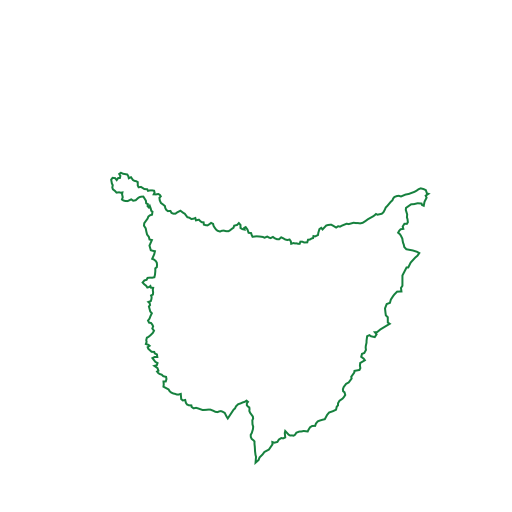 the district of Aral Moreira, Mato Grosso do Sul, Brazil, rotated 220°
{"feature_id": "56859067B29301186174835", "entity_name": "Aral Moreira", "entity_type": "district", "adm_level": 2, "iso_a3": "BRA", "parent_name": "Brazil", "parent_adm1": "Mato Grosso do Sul", "projection": "orthographic", "projection_center": [-55.401, -22.967], "detail": "fine", "context": "isolated", "style": "outline", "palette": "green", "viewbox_px": 512, "rotation_deg": 220, "n_neighbors": 0, "source": "geoboundaries", "source_scale": "gbopen_adm2", "svg_char_len": 6136}
<svg xmlns="http://www.w3.org/2000/svg" viewBox="0 0 512 512"><g transform="rotate(220 256 256)"><path d="M411.7,227.1L411.5,224.6L413.9,225.1L416.1,223.7L416.0,221.4L413.0,218.9L411.3,218.2L410.1,216.1L408.5,215.1L405.8,215.2L403.6,214.9L401.8,216.8L400.2,217.6L399.2,218.8L398.4,217.3L395.9,215.4L395.0,213.1L393.3,213.3L391.5,214.1L389.6,215.6L388.0,219.2L385.6,219.4L384.0,221.4L383.6,224.6L383.1,226.2L382.1,227.6L380.5,229.1L375.9,227.6L374.0,225.8L372.1,226.2L371.1,224.5L369.3,224.3L369.6,226.1L367.0,224.6L365.3,223.3L363.8,223.4L362.2,220.8L363.4,219.0L363.8,217.0L363.1,215.0L362.7,209.3L361.3,207.2L358.3,206.3L355.8,204.3L353.2,202.4L350.4,201.8L348.2,200.2L346.0,201.3L344.3,195.5L340.3,192.8L338.3,193.7L336.5,194.7L335.1,191.9L333.7,187.1L331.8,187.7L329.5,187.7L327.7,187.1L326.1,185.6L324.8,183.7L325.2,181.8L323.4,179.7L321.4,176.8L320.2,174.4L321.6,172.6L323.3,171.3L325.0,169.5L324.5,167.4L325.8,165.6L325.8,162.8L323.5,162.5L321.0,162.6L319.0,162.0L317.9,163.5L317.6,165.1L316.1,164.2L314.3,165.5L313.3,163.7L311.5,162.1L310.2,160.2L311.0,158.3L309.6,157.5L308.5,155.9L307.6,153.9L308.9,151.6L307.1,151.5L305.6,150.3L305.6,148.5L301.3,145.5L299.0,145.2L298.2,142.1L297.3,139.5L297.2,137.1L295.0,136.2L293.4,137.2L291.4,136.8L289.6,136.0L288.8,133.8L286.1,133.2L285.6,130.8L285.9,127.5L286.4,124.8L287.1,123.3L286.0,121.0L284.6,119.9L283.8,117.8L281.3,118.8L279.8,118.8L280.4,116.5L278.9,115.7L274.4,115.5L272.3,117.1L270.9,116.3L268.6,116.9L266.7,115.2L268.8,113.4L269.7,111.2L265.0,110.2L262.6,110.7L261.8,108.6L263.2,106.5L259.4,106.8L257.0,105.4L257.5,103.9L255.6,103.5L253.9,103.7L251.9,104.5L249.8,104.3L247.2,105.6L245.5,104.2L244.5,101.9L246.2,100.4L244.2,98.4L242.9,96.4L237.2,97.6L235.2,96.9L233.2,96.9L231.0,97.5L229.3,98.4L227.8,98.9L226.4,99.9L225.0,102.0L221.3,98.3L219.2,98.3L217.7,100.2L215.4,98.5L213.4,97.9L211.4,98.5L209.5,100.0L208.3,99.0L205.9,99.2L204.3,101.2L202.2,102.1L197.9,103.7L195.5,105.9L193.8,107.7L192.2,109.0L189.2,110.0L187.0,110.5L185.1,111.7L184.3,113.3L183.2,114.6L181.7,115.2L179.1,115.7L175.4,114.1L173.2,113.4L174.4,124.0L174.1,125.7L174.7,128.0L174.4,131.0L173.1,133.1L172.0,135.4L170.9,137.0L170.3,139.1L168.4,139.1L168.4,137.4L167.1,135.8L165.5,135.5L163.8,135.7L162.6,134.6L161.5,133.0L159.7,132.1L155.2,131.0L153.7,129.6L153.2,127.8L150.5,124.8L148.4,123.4L147.0,121.3L145.5,117.8L145.1,115.6L143.6,114.0L141.7,113.1L139.5,113.2L138.0,113.0L136.3,111.0L134.3,109.1L131.1,105.7L128.5,103.3L126.9,102.2L123.5,97.4L122.9,101.3L123.8,104.1L123.4,108.2L123.6,111.3L121.7,116.0L122.3,122.3L123.9,124.0L122.0,124.7L120.1,127.3L120.5,130.1L119.6,132.8L118.0,133.7L117.0,135.8L118.6,137.4L120.1,138.8L121.1,140.7L116.1,140.1L114.5,140.4L113.1,141.7L111.7,142.5L111.2,144.2L111.5,146.6L110.0,149.3L108.3,150.9L107.0,152.6L103.6,154.8L104.1,156.7L104.5,159.6L103.7,161.9L101.5,163.9L102.4,166.2L102.4,169.0L101.4,170.9L99.8,173.3L98.4,175.2L99.4,180.1L99.4,183.1L97.3,186.6L95.9,189.7L97.3,192.5L97.2,194.3L98.5,195.9L99.0,198.8L98.0,202.4L98.0,204.5L98.3,206.9L100.6,208.5L102.3,208.4L103.8,209.8L104.6,212.0L104.8,216.0L103.7,218.7L104.0,223.6L105.4,224.7L105.8,229.8L106.7,231.3L103.5,235.2L104.0,237.2L105.9,238.8L107.4,241.0L105.6,246.1L107.5,246.6L110.6,246.4L111.9,249.2L110.7,251.3L111.4,254.7L113.1,256.3L114.1,257.7L115.6,260.6L116.9,262.2L119.3,266.0L118.2,268.3L116.4,268.4L112.9,270.2L113.3,273.5L115.9,274.0L114.3,275.5L113.5,279.8L110.0,290.0L112.3,289.8L115.7,293.8L118.4,294.0L120.6,296.0L123.5,298.8L125.0,303.2L123.3,306.2L124.7,309.3L125.2,313.4L125.3,315.3L125.0,319.4L121.8,322.3L124.4,324.7L124.7,327.3L131.3,335.2L133.3,344.0L132.0,345.1L133.3,350.4L133.0,357.3L132.5,359.9L132.8,363.2L135.4,362.7L139.5,361.0L145.2,357.8L148.2,358.2L150.1,359.7L151.9,360.7L153.3,361.8L155.1,363.4L158.1,364.7L159.8,365.2L162.1,365.2L162.5,367.4L162.4,369.4L160.6,371.5L162.6,372.9L163.0,376.1L161.1,377.6L161.4,379.5L163.6,381.6L165.2,382.6L166.9,385.0L170.9,387.6L172.0,389.3L170.4,395.3L168.3,397.3L166.1,400.3L162.9,402.6L161.6,401.8L159.8,402.3L161.8,405.9L162.8,410.3L164.8,411.3L163.9,414.4L165.3,413.8L168.2,415.6L170.6,415.0L173.3,413.7L174.4,411.6L175.0,409.2L175.9,406.9L177.7,403.8L178.8,401.8L181.0,399.1L183.2,394.8L185.3,393.9L186.6,392.5L187.9,390.2L187.9,388.3L187.3,386.3L187.6,384.1L187.6,378.6L187.8,376.6L187.1,374.3L186.5,371.4L186.8,369.2L189.5,365.7L191.1,365.3L191.3,363.6L191.7,361.9L193.9,356.1L194.6,353.2L195.6,350.0L197.2,347.9L199.3,346.6L200.7,345.4L202.6,344.2L205.5,340.0L207.3,339.0L209.7,334.5L210.5,332.5L212.2,331.6L212.9,329.3L216.2,328.8L218.6,328.3L220.7,326.1L221.8,324.5L222.1,319.1L224.1,319.5L224.7,317.4L223.2,313.9L222.0,311.9L223.3,309.0L224.8,308.2L223.8,306.4L224.7,305.1L225.3,303.2L226.6,301.9L225.5,299.4L227.8,297.3L229.8,296.7L231.2,295.5L230.4,293.4L231.6,292.4L233.0,291.8L234.2,290.7L235.6,290.0L236.9,288.0L238.7,289.6L240.9,290.2L242.2,288.4L244.3,287.4L246.4,287.1L248.7,286.5L249.1,283.6L250.8,282.3L253.1,281.6L255.3,281.5L256.3,279.1L257.8,278.5L259.9,278.1L261.2,275.5L263.0,275.0L265.8,273.2L268.3,271.4L271.0,268.5L272.8,269.3L274.5,270.4L276.6,269.0L279.6,270.8L282.5,271.5L283.1,270.0L281.7,268.9L283.8,267.8L285.9,267.5L287.8,269.8L290.3,270.2L290.4,267.7L292.2,265.2L291.4,263.2L292.0,261.1L292.4,259.0L293.0,257.3L295.0,255.7L297.1,254.7L298.5,253.2L299.3,251.6L301.7,250.6L303.7,250.6L306.1,251.2L307.9,251.8L309.5,253.0L311.7,252.5L312.1,250.5L312.8,248.3L314.5,247.2L316.1,246.5L317.8,248.1L319.3,247.0L321.2,246.9L323.1,247.1L324.9,244.7L326.9,246.1L327.7,244.6L329.2,242.8L331.7,242.5L333.5,241.6L337.8,242.6L339.4,242.3L343.0,242.1L344.4,238.8L344.9,236.7L346.5,235.3L348.4,234.7L350.5,235.5L352.4,233.7L354.6,233.7L356.6,234.6L357.8,235.7L360.2,235.7L362.9,235.5L365.4,236.7L367.4,238.5L367.3,240.5L369.0,241.0L370.7,240.7L372.2,238.9L374.0,237.5L374.5,239.4L376.0,240.5L377.6,239.6L379.4,238.1L380.6,236.5L382.2,237.2L384.6,235.5L388.5,235.0L390.1,233.2L391.9,234.0L394.1,236.6L395.8,236.3L397.5,235.4L399.1,235.1L402.4,236.0L403.4,233.8L405.0,235.0L407.0,235.7L410.8,233.5L413.0,232.9L413.5,230.9L411.4,230.2L410.4,228.3L411.7,227.1Z" fill="none" stroke="#15803d" stroke-width="2"/></g></svg>